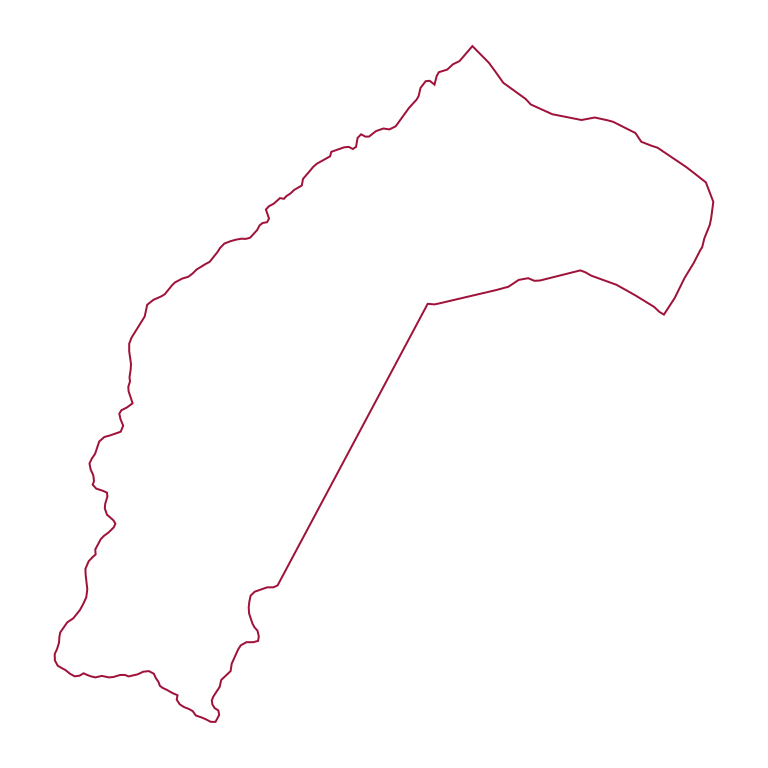 Brejo Grande do Araguaia, Pará, Brazil (Mercator projection)
{"feature_id": "56859067B66986950411555", "entity_name": "Brejo Grande do Araguaia", "entity_type": "district", "adm_level": 2, "iso_a3": "BRA", "parent_name": "Brazil", "parent_adm1": "Pará", "projection": "mercator", "projection_center": [-48.48, -5.764], "detail": "fine", "context": "isolated", "style": "outline", "palette": "rose", "viewbox_px": 768, "rotation_deg": 0, "n_neighbors": 0, "source": "geoboundaries", "source_scale": "gbopen_adm2", "svg_char_len": 2928}
<svg xmlns="http://www.w3.org/2000/svg" viewBox="0 0 768 768"><path d="M663.9,314.6L674.7,298.0L684.6,277.9L693.7,263.0L700.2,250.3L702.2,247.1L704.3,238.5L705.9,234.5L709.8,224.8L711.2,217.9L713.3,201.8L705.9,182.4L686.6,167.3L657.5,147.7L651.1,145.6L641.3,141.8L635.4,133.0L613.1,121.8L608.0,120.4L594.8,117.5L581.5,120.0L552.2,114.2L530.8,104.5L525.7,99.0L503.3,82.8L495.2,71.4L488.8,62.7L480.4,54.2L472.4,46.1L469.3,49.7L459.5,61.1L452.9,64.3L447.2,69.6L438.8,72.2L436.7,76.0L434.5,84.6L429.7,80.8L425.7,81.2L420.5,87.9L418.6,96.1L416.6,99.6L409.0,107.9L395.7,126.3L389.4,129.4L383.4,128.5L376.0,131.1L369.0,136.6L365.3,136.6L361.1,134.3L357.6,137.9L356.0,146.9L352.8,149.0L348.8,146.9L344.2,147.3L331.3,151.8L330.1,156.3L317.0,163.6L313.2,166.9L310.6,170.0L303.0,178.9L301.8,185.5L294.2,189.9L290.3,193.6L286.4,196.1L283.9,198.8L280.0,198.1L273.7,203.7L269.0,206.2L265.9,209.5L269.0,218.5L267.1,222.2L262.6,223.0L259.6,225.4L257.1,230.1L250.1,237.7L245.8,238.9L241.4,238.7L235.8,239.7L230.2,241.3L224.3,243.6L220.1,247.9L217.5,252.0L209.6,261.9L205.2,264.2L196.6,269.5L192.5,273.6L188.2,276.8L182.4,278.5L175.0,282.4L172.1,285.2L165.0,294.0L161.6,296.2L153.3,299.9L147.2,304.8L144.7,316.5L131.5,337.7L129.2,343.7L129.2,351.2L131.0,364.1L130.6,370.0L129.5,377.2L130.0,381.5L128.3,386.8L128.6,391.3L132.6,403.3L126.7,407.6L121.4,410.2L119.3,413.7L120.5,419.2L123.2,425.7L120.7,431.7L109.5,435.6L104.3,437.0L99.2,441.5L95.1,453.8L91.8,458.6L89.5,463.5L90.6,469.4L93.3,475.3L94.0,481.2L92.7,484.7L96.2,488.6L102.9,490.8L107.0,492.7L107.4,496.5L105.2,503.9L104.8,508.4L107.0,514.7L113.3,520.2L115.4,523.6L113.8,527.3L108.4,532.6L103.9,535.9L100.8,539.1L95.3,549.4L95.6,554.5L92.8,556.9L88.7,561.2L85.4,568.9L85.7,575.4L87.3,589.2L86.3,597.2L83.4,603.6L80.0,609.9L73.3,618.3L67.2,622.4L60.2,632.5L59.4,636.8L59.0,642.7L57.0,649.2L54.7,654.0L54.9,660.5L57.8,665.8L61.6,668.0L65.4,670.0L69.9,673.7L74.6,676.3L79.5,675.7L83.6,673.3L87.3,675.0L90.8,676.3L95.3,677.4L101.9,675.9L108.8,677.4L113.4,677.0L120.0,675.0L124.8,674.9L128.6,676.4L137.5,674.4L143.3,671.7L148.9,671.1L153.8,673.7L155.9,678.2L158.4,681.8L159.9,685.8L162.8,688.0L166.4,689.6L169.9,691.6L173.0,693.3L177.5,695.2L176.7,699.7L179.7,704.3L183.9,707.0L189.0,709.0L192.7,711.1L195.8,715.5L202.0,717.6L206.5,719.6L210.6,721.8L215.5,721.9L219.2,714.9L218.3,710.4L214.6,708.1L212.4,704.5L211.8,700.4L213.2,696.8L216.1,692.3L219.7,686.8L221.2,680.0L230.6,671.1L231.7,663.7L238.0,649.7L240.7,645.4L246.4,642.2L253.4,642.2L258.1,640.9L258.8,636.4L257.5,630.7L254.4,627.2L252.4,623.4L249.1,613.5L248.7,607.6L249.3,601.9L250.6,595.7L254.7,591.7L267.3,587.3L273.5,587.3L277.6,585.4L283.5,574.3L316.3,512.8L427.7,303.8L434.4,304.4L438.8,303.5L496.8,289.9L508.5,286.7L518.7,279.9L528.2,278.2L534.3,280.8L540.0,280.5L580.3,270.4L585.6,272.4L591.1,275.6L616.5,284.8L631.5,293.2L635.9,295.7L654.1,306.9L659.4,311.9L663.9,314.6Z" fill="none" stroke="#9f1239" stroke-width="2"/></svg>